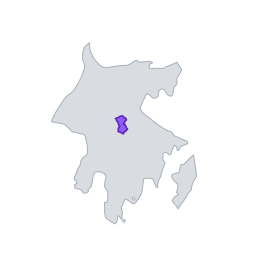 location of Zardab District, Zərdab, Azerbaijan, rotated 249°
{"feature_id": "54616110B34042895235078", "entity_name": "Zardab District", "entity_type": "district", "adm_level": 2, "iso_a3": "AZE", "parent_name": "Azerbaijan", "parent_adm1": "Zərdab", "projection": "robinson", "projection_center": [47.712, 40.25], "detail": "fine", "context": "in_parent", "style": "filled", "palette": "violet", "viewbox_px": 256, "rotation_deg": 249, "n_neighbors": 0, "source": "geoboundaries", "source_scale": "gbopen_adm2", "svg_char_len": 4412}
<svg xmlns="http://www.w3.org/2000/svg" viewBox="0 0 256 256"><g transform="rotate(249 128 128)"><path d="M171.8,197.5L170.9,197.5L164.0,199.0L162.6,198.5L156.7,191.4L155.4,190.6L152.9,190.3L151.4,189.1L150.2,187.2L149.5,185.7L143.4,181.9L142.5,180.4L142.4,179.2L143.3,178.1L144.3,177.1L147.3,176.2L150.7,175.3L151.8,174.7L152.4,173.7L152.4,172.0L151.8,170.4L146.8,167.4L146.3,166.2L146.1,164.6L146.4,163.0L147.2,161.7L151.2,160.0L153.4,158.2L152.0,156.1L147.7,151.6L142.5,146.5L139.0,146.5L135.0,148.0L128.6,152.3L125.1,154.1L120.5,157.1L115.4,160.5L111.3,164.1L108.8,167.1L104.2,168.4L101.8,170.9L94.2,178.4L92.0,178.3L91.9,174.6L92.0,171.6L91.5,169.9L89.1,167.6L89.0,166.6L89.7,166.0L91.6,166.4L94.1,166.2L95.2,165.3L92.6,162.3L90.3,160.2L88.3,158.8L87.9,158.0L87.9,157.4L88.3,156.7L91.7,155.1L92.0,153.5L91.8,151.8L86.5,149.2L82.5,150.2L78.9,147.3L76.6,145.1L73.8,142.7L71.2,141.4L68.8,138.5L64.5,135.4L61.8,134.5L61.9,134.1L62.4,133.5L63.5,133.0L71.1,133.1L72.0,132.6L72.5,131.3L73.6,129.4L74.8,126.5L74.7,124.1L67.1,120.3L61.6,116.7L57.9,112.0L55.3,107.7L55.4,106.3L56.2,104.9L62.1,101.0L62.5,100.0L62.4,99.3L60.3,97.3L57.7,95.2L56.9,93.7L55.2,92.9L52.1,92.8L46.5,90.3L45.4,90.0L45.1,89.5L45.4,89.0L49.3,88.0L49.3,87.1L48.1,86.0L45.9,85.2L43.9,83.1L43.2,81.3L50.4,75.9L52.5,74.9L57.2,75.8L66.8,79.4L66.2,81.4L67.1,82.5L69.4,84.0L73.6,85.5L77.2,86.3L79.1,85.6L81.9,85.1L85.5,86.8L88.8,89.1L90.5,90.0L91.4,90.2L93.9,89.5L97.0,86.6L98.2,83.1L98.5,81.5L96.8,79.2L93.1,76.6L89.0,74.4L86.4,72.5L84.8,68.7L83.1,68.3L82.7,67.8L82.4,66.5L82.5,64.6L83.1,63.2L84.7,62.6L86.4,62.4L87.9,61.1L89.8,58.4L90.6,57.0L94.2,57.8L94.7,60.2L95.3,60.7L96.8,60.4L99.2,59.4L101.2,60.2L103.7,63.0L107.1,65.9L109.0,67.9L109.8,69.3L111.5,70.6L114.1,72.2L116.2,74.6L118.0,80.3L119.9,81.6L126.6,83.8L129.0,84.2L135.6,85.0L137.9,84.5L141.3,79.5L144.4,74.5L147.2,73.4L152.4,71.0L155.4,68.7L156.7,66.2L159.6,61.5L161.4,58.9L164.4,61.2L169.7,67.6L177.3,77.9L179.2,80.9L180.4,84.3L181.5,88.4L183.2,92.0L190.9,101.2L194.3,104.6L199.7,109.0L201.6,109.9L204.1,110.2L208.8,110.2L213.1,111.9L215.2,113.1L217.4,114.9L219.4,116.9L221.4,122.3L213.9,120.5L206.5,120.8L202.3,121.9L198.2,123.5L194.3,125.7L191.8,130.1L189.8,140.1L186.9,149.6L187.0,154.0L188.4,158.2L188.2,160.2L186.8,161.0L185.1,162.8L182.8,171.5L181.7,173.2L180.2,174.3L179.8,173.3L179.9,171.0L176.6,169.0L174.8,171.2L173.7,176.0L171.3,181.0L171.2,182.0L171.8,197.5ZM61.2,108.6L61.5,107.3L60.6,106.7L59.6,106.7L58.7,107.3L58.7,109.0L59.9,109.3L61.2,108.6ZM36.2,147.9L35.1,146.5L34.6,145.7L37.9,145.1L43.4,143.2L44.9,144.1L46.5,146.0L47.3,147.6L47.4,150.7L48.1,151.1L50.8,150.1L51.9,151.4L54.0,152.8L57.5,154.3L62.7,152.0L65.3,151.4L67.4,151.5L68.5,152.2L68.9,154.5L68.5,157.4L67.9,159.0L68.9,160.2L73.1,162.9L74.9,164.5L74.0,167.2L77.1,173.7L78.2,176.3L79.4,179.5L72.9,178.2L61.3,175.6L58.1,174.2L55.1,170.5L53.4,168.8L50.7,166.5L48.5,165.7L46.9,164.1L46.0,161.7L44.6,159.6L42.2,157.2L36.9,148.8L36.2,147.9ZM43.8,92.0L43.1,92.4L42.0,92.0L41.6,90.9L41.7,89.9L42.8,89.6L43.7,89.9L44.0,90.9L43.8,92.0Z" fill="#d9dde1" stroke="#a8b0b8" stroke-width="1"/><path d="M124.4,120.9L124.3,121.5L124.5,122.2L125.3,122.6L125.6,122.8L125.7,123.2L125.7,123.4L125.8,124.0L125.8,124.7L125.9,125.2L126.4,125.7L126.6,126.0L126.7,126.4L127.1,127.0L127.3,127.2L128.0,126.9L128.6,126.7L129.3,126.7L130.0,126.8L130.5,126.7L131.0,126.5L131.6,126.3L132.4,126.4L132.6,126.5L132.8,125.8L132.9,125.3L133.1,125.2L133.5,125.3L134.0,125.7L134.2,126.1L134.6,126.5L134.7,126.8L134.8,127.2L135.1,127.5L135.3,127.7L135.8,128.1L135.8,128.6L135.9,129.1L136.0,129.2L136.2,129.5L136.9,129.5L137.7,129.3L138.5,129.1L138.6,128.9L138.7,128.4L139.0,128.1L139.3,128.0L139.8,128.0L140.5,127.9L140.9,127.6L141.1,127.4L141.2,127.0L141.4,126.5L141.7,126.1L141.7,125.9L141.7,125.2L141.7,124.3L141.4,123.7L141.4,122.9L141.4,121.6L141.4,120.7L141.3,120.0L141.2,120.1L140.9,120.1L140.3,120.0L139.8,120.0L139.1,120.0L138.7,120.1L138.0,120.4L137.1,120.5L136.4,120.6L135.6,120.7L135.2,120.5L134.5,120.3L134.0,120.5L133.2,120.6L132.8,120.7L132.6,120.8L132.5,120.6L132.3,120.4L132.1,119.9L131.8,119.6L131.6,119.3L131.3,119.0L130.9,118.7L130.6,118.6L130.0,118.2L129.5,118.2L129.1,118.0L128.6,117.6L128.2,117.5L127.7,118.0L127.5,118.3L127.4,118.6L127.2,118.9L126.8,119.1L126.6,119.4L126.5,119.5L126.2,119.9L126.1,120.1L125.6,120.3L125.3,120.4L124.8,120.8L124.4,121.0L124.4,120.9Z" fill="#8b5cf6" stroke="#5b21b6" stroke-width="1.5"/></g></svg>